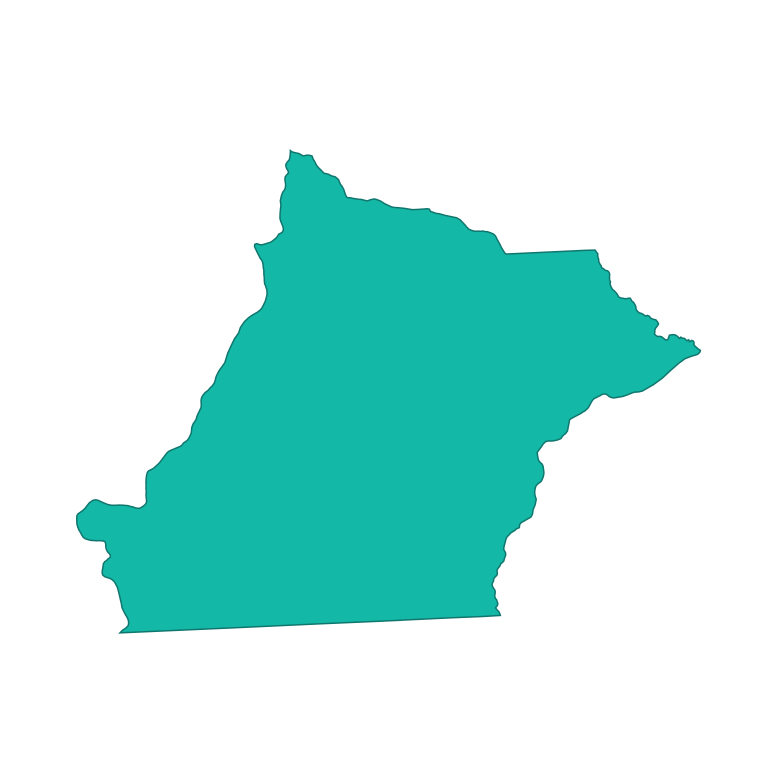 Porto Esperidião, Mato Grosso, Brazil (orthographic projection), rotated 355°
{"feature_id": "56859067B36825923624990", "entity_name": "Porto Esperidião", "entity_type": "district", "adm_level": 2, "iso_a3": "BRA", "parent_name": "Brazil", "parent_adm1": "Mato Grosso", "projection": "orthographic", "projection_center": [-58.974, -15.892], "detail": "fine", "context": "isolated", "style": "filled", "palette": "teal", "viewbox_px": 768, "rotation_deg": 355, "n_neighbors": 0, "source": "geoboundaries", "source_scale": "gbopen_adm2", "svg_char_len": 6118}
<svg xmlns="http://www.w3.org/2000/svg" viewBox="0 0 768 768"><g transform="rotate(355 384 384)"><path d="M701.6,379.6L702.1,378.0L700.3,376.7L697.1,373.4L696.1,371.9L696.5,369.8L695.9,368.2L694.3,367.4L692.0,368.5L691.4,366.5L689.4,367.3L687.4,364.8L685.2,364.3L683.7,363.2L682.3,364.4L680.7,362.3L679.4,361.2L678.0,360.3L675.5,360.0L672.5,360.3L671.7,362.3L670.5,364.5L668.5,364.8L666.5,362.8L664.6,361.1L662.6,360.5L660.8,360.6L659.1,359.4L657.8,357.7L658.4,355.6L658.4,353.9L659.7,351.7L661.9,349.4L662.7,347.8L661.9,346.0L660.4,343.8L657.9,343.0L655.6,341.8L654.2,339.6L652.4,338.6L650.7,339.2L648.3,337.3L646.4,336.0L644.7,335.5L642.9,333.8L641.6,331.5L641.6,328.7L640.9,326.8L639.7,324.4L638.2,323.1L637.5,321.5L636.6,319.9L634.6,319.9L632.4,320.2L627.1,318.8L625.4,317.8L624.6,315.9L623.7,314.1L622.1,312.0L619.9,309.7L618.7,307.1L617.9,304.3L618.5,301.8L617.8,300.0L618.0,296.9L618.4,294.3L617.8,292.2L616.7,290.8L614.2,289.9L612.6,288.2L610.9,287.1L610.7,285.4L609.5,283.2L608.6,280.8L608.7,278.6L608.0,275.5L608.3,272.8L606.9,270.8L606.0,269.0L596.3,268.4L517.0,265.2L515.6,263.8L512.9,258.4L511.5,254.6L509.2,249.6L508.4,247.2L507.3,245.4L506.0,244.1L503.6,242.8L500.3,241.3L498.1,241.0L495.6,240.2L493.0,240.3L491.4,239.9L489.4,239.9L487.3,239.6L484.9,238.7L482.0,237.2L480.2,235.0L478.7,232.8L474.2,227.1L470.9,224.8L459.1,221.2L453.9,219.2L450.9,218.6L445.2,216.0L444.5,213.8L442.1,213.1L440.4,213.2L431.6,213.0L427.5,212.8L422.7,211.6L419.7,210.8L413.4,209.6L409.3,209.0L406.7,208.1L400.3,204.4L396.3,201.3L392.1,199.3L390.3,198.8L386.3,199.3L383.3,200.2L377.3,198.1L375.5,197.9L369.3,196.4L367.0,195.6L363.8,195.2L362.7,193.8L361.6,190.0L360.8,186.5L359.2,182.9L358.1,181.6L356.4,176.3L353.5,173.4L349.7,172.0L346.9,170.2L342.4,168.7L339.9,165.4L337.6,162.8L336.0,160.5L333.9,155.4L332.9,153.5L332.3,150.8L330.4,149.8L327.0,149.3L323.4,149.8L319.4,147.0L315.7,145.9L312.5,144.7L311.1,143.3L310.7,146.4L310.1,149.6L309.2,152.3L306.9,154.6L305.3,156.7L305.3,159.1L305.9,161.1L307.1,163.5L307.0,165.8L305.2,167.2L303.5,169.3L303.1,172.1L303.3,174.9L303.3,176.5L303.2,178.3L302.6,180.3L301.9,181.9L300.0,183.9L299.2,185.3L298.3,187.3L297.4,190.1L296.7,192.6L296.9,197.0L296.2,200.4L295.4,204.7L294.8,209.9L295.2,212.5L296.8,217.7L297.2,219.7L297.1,222.1L295.7,224.1L294.1,224.8L292.1,225.6L290.7,227.7L289.2,229.2L285.1,232.0L283.0,233.0L281.0,233.4L276.3,234.4L274.3,234.7L271.8,234.2L269.7,233.1L267.4,233.6L267.0,235.9L268.9,241.1L270.3,244.6L271.7,248.1L272.9,249.9L273.6,251.8L273.9,254.3L273.9,257.8L274.2,260.0L273.9,264.4L274.0,267.1L273.8,271.0L273.8,273.5L274.5,275.7L275.0,278.1L275.5,279.8L275.5,281.4L275.4,283.6L275.0,285.6L274.0,288.5L272.8,291.5L270.8,294.8L268.8,297.9L267.1,299.5L263.8,301.6L259.2,303.7L256.1,305.4L253.9,306.9L250.3,309.8L245.9,315.2L243.7,320.3L241.2,323.4L239.2,325.6L235.2,332.3L231.0,339.7L229.7,342.9L227.9,347.4L227.2,349.0L225.9,350.5L224.0,352.8L222.4,354.5L220.7,356.6L219.5,358.5L217.7,361.5L216.8,363.5L216.2,365.7L215.0,368.2L212.8,370.9L211.3,372.0L207.9,375.2L205.0,377.0L203.0,379.0L201.5,381.0L200.8,382.5L200.3,384.5L200.1,389.1L199.7,391.5L195.8,398.1L194.5,400.6L194.0,402.4L192.2,405.0L190.7,406.6L189.8,408.3L188.7,410.6L188.4,412.5L188.0,414.6L187.4,416.7L185.9,419.3L184.7,421.2L183.3,422.8L181.6,424.0L179.7,424.9L178.5,426.0L177.3,427.4L175.5,428.4L167.0,431.1L163.7,432.3L162.3,433.3L160.7,434.9L154.3,442.0L152.7,443.6L146.9,448.0L144.4,449.1L142.9,449.6L141.4,450.4L140.3,452.0L139.3,455.2L138.7,458.1L138.3,461.2L138.2,463.7L137.8,467.3L137.8,470.1L137.4,472.8L137.2,474.9L137.3,478.1L137.2,480.2L136.6,482.1L135.2,483.6L133.0,485.0L131.0,486.1L128.8,486.5L125.9,485.9L123.3,484.6L120.8,483.9L118.4,482.9L115.7,482.4L112.7,481.9L109.2,481.5L105.9,481.4L102.1,481.1L98.1,479.9L94.0,477.8L89.5,475.2L87.8,474.5L86.2,474.3L84.2,474.4L82.6,475.2L80.2,476.6L77.6,479.3L75.5,481.7L73.1,483.6L68.8,486.2L67.4,487.1L66.5,488.8L66.1,492.3L65.9,496.7L66.3,499.1L67.2,502.5L68.6,505.3L69.5,507.5L71.0,510.5L72.8,512.1L74.7,512.9L77.8,514.1L83.9,515.1L86.3,515.2L89.1,515.6L90.9,516.0L92.5,517.0L92.8,519.6L92.7,522.4L92.9,524.4L94.0,527.1L95.6,529.2L96.5,530.9L96.1,532.9L93.8,534.2L92.1,535.7L90.3,536.7L88.8,538.6L87.6,543.7L87.0,545.7L86.8,548.0L87.3,550.0L89.0,551.6L91.1,552.6L93.0,553.3L94.7,554.2L96.0,555.2L97.7,556.9L98.9,559.0L99.7,561.0L100.7,563.5L101.3,566.6L102.1,572.0L102.7,576.5L103.1,578.9L103.3,580.8L103.4,583.0L103.8,584.8L104.8,587.5L106.2,591.0L107.3,593.1L108.2,595.4L108.7,597.1L108.8,599.7L108.2,602.2L106.6,603.8L104.6,605.2L102.1,606.5L99.3,608.9L211.2,613.7L296.7,617.2L360.3,620.0L379.7,620.8L381.9,620.8L403.7,621.7L429.5,622.7L461.5,624.2L479.7,624.7L479.3,622.8L478.5,620.7L477.1,619.1L475.6,616.7L477.7,614.5L478.3,612.5L477.7,610.9L477.5,609.0L476.2,607.1L475.8,605.0L476.7,600.9L476.5,599.1L474.5,595.3L474.2,592.9L474.9,591.4L476.0,589.8L476.2,587.8L478.0,585.8L479.7,584.5L480.4,582.8L480.3,580.7L480.5,579.0L481.5,577.5L483.4,575.7L484.6,573.3L486.2,572.3L487.9,570.8L488.8,568.2L490.3,565.0L490.4,562.9L489.7,561.1L488.8,559.1L489.6,555.8L491.0,552.0L491.9,549.3L493.3,546.9L495.1,545.5L497.2,543.5L501.8,541.1L503.5,539.7L506.3,538.9L506.9,535.8L508.8,533.9L510.6,533.2L518.8,529.3L520.5,526.8L521.6,522.2L523.7,518.2L524.4,516.3L525.6,512.1L524.8,508.8L524.6,505.5L525.1,502.6L526.0,499.7L527.3,497.9L529.4,496.4L531.8,495.0L533.1,493.2L534.5,490.4L535.3,487.9L535.6,485.8L535.3,479.7L534.5,477.6L532.1,474.9L531.1,472.8L530.7,468.4L530.7,465.4L534.9,460.7L537.3,457.7L538.7,456.5L540.2,455.4L542.4,455.1L546.4,455.4L548.5,455.3L551.9,454.9L555.5,453.8L557.2,451.6L558.9,450.2L560.7,449.1L562.7,446.7L565.9,435.5L572.0,432.8L577.6,430.5L579.1,429.5L581.7,428.4L585.4,425.5L587.5,422.4L588.8,420.4L590.1,418.6L591.8,417.0L596.2,415.2L598.6,414.3L600.8,413.2L603.6,413.2L605.5,414.3L607.3,416.2L609.3,417.3L611.5,417.9L613.7,417.8L617.4,417.5L620.9,417.2L624.9,416.2L628.0,415.3L630.7,414.4L633.0,414.0L634.6,414.0L636.8,414.1L640.8,413.5L652.4,408.1L661.8,402.4L670.9,395.3L679.2,389.2L685.9,385.1L692.0,383.3L697.9,382.1L699.7,381.4L701.6,379.6Z" fill="#14b8a6" stroke="#0f766e" stroke-width="1.5"/></g></svg>